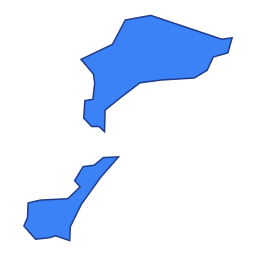 an SVG outline of Caloocan
{"feature_id": "PHL-5545", "entity_name": "Caloocan", "entity_type": "Highly Urbanized City", "adm_level": 1, "iso_a3": "PHL", "parent_name": "Philippines", "parent_adm1": "", "projection": "robinson", "projection_center": [121.026, 14.697], "detail": "fine", "context": "isolated", "style": "filled", "palette": "blue", "viewbox_px": 256, "rotation_deg": 0, "n_neighbors": 0, "source": "natural_earth", "source_scale": "10m", "svg_char_len": 596}
<svg xmlns="http://www.w3.org/2000/svg" viewBox="0 0 256 256"><path d="M150.7,15.4L221.7,39.2L232.1,37.8L227.9,52.8L213.2,57.0L207.1,70.3L194.3,78.0L161.3,80.0L139.9,82.8L119.8,98.2L105.1,110.1L104.5,131.7L99.0,126.5L91.7,126.5L83.7,118.1L84.9,100.6L92.9,99.3L94.7,83.2L93.5,74.1L81.0,59.4L112.5,44.3L125.3,20.0L150.7,15.4ZM23.9,226.0L27.5,217.6L28.1,202.9L40.4,200.1L67.8,198.7L80.1,186.9L74.6,180.6L83.1,166.6L94.1,165.2L103.3,157.6L118.5,156.9L100.8,177.1L81.3,204.3L70.3,226.7L69.7,240.6L55.6,235.8L48.9,237.8L35.5,239.2L23.9,226.0Z" fill="#3b82f6" stroke="#1e3a8a" stroke-width="1.5"/></svg>